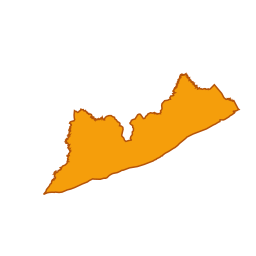 outline of Thep Sathit, Chaiyaphum, Thailand, rotated 241°
{"feature_id": "78962969B6140233535847", "entity_name": "Thep Sathit", "entity_type": "district", "adm_level": 2, "iso_a3": "THA", "parent_name": "Thailand", "parent_adm1": "Chaiyaphum", "projection": "equal_earth", "projection_center": [101.542, 15.61], "detail": "fine", "context": "isolated", "style": "filled", "palette": "amber", "viewbox_px": 256, "rotation_deg": 241, "n_neighbors": 0, "source": "geoboundaries", "source_scale": "gbopen_adm2", "svg_char_len": 5945}
<svg xmlns="http://www.w3.org/2000/svg" viewBox="0 0 256 256"><g transform="rotate(241 128 128)"><path d="M134.8,144.3L134.9,142.9L132.5,138.6L133.0,136.3L133.0,134.7L131.9,133.4L131.4,132.1L130.5,132.0L127.8,133.2L126.1,132.4L125.2,132.7L123.3,131.6L122.9,131.2L122.5,129.8L120.2,128.7L119.1,126.4L118.3,125.5L117.7,125.0L116.2,125.2L115.8,124.8L116.6,123.0L117.3,119.6L119.0,119.0L121.3,119.4L124.0,118.7L125.0,119.2L129.2,123.0L131.1,123.8L132.9,123.1L134.1,121.7L134.8,122.5L136.1,123.2L137.7,122.6L138.5,121.9L140.8,121.7L142.4,120.9L143.9,121.4L145.4,120.0L147.0,119.3L148.1,117.3L148.5,115.0L148.3,113.4L147.4,111.8L146.5,111.4L147.4,110.3L148.3,110.6L149.0,110.1L149.3,110.6L150.0,110.7L149.6,110.2L149.9,109.4L149.4,109.2L149.5,108.9L149.1,108.7L149.7,108.5L149.7,107.6L149.3,107.2L149.7,106.5L150.2,106.5L149.9,106.1L150.1,105.5L150.6,105.5L150.5,104.1L150.9,104.0L150.9,104.5L151.8,104.1L151.6,103.5L150.8,102.9L151.5,102.7L152.2,103.1L152.8,102.8L153.2,102.2L153.3,103.1L154.3,103.3L154.6,102.4L154.1,101.6L154.4,101.3L155.1,101.3L155.6,100.7L155.9,101.1L156.0,102.3L157.5,102.5L158.4,101.9L159.0,100.4L159.6,100.7L159.7,100.3L160.4,99.8L161.1,100.1L161.5,99.4L162.1,99.7L163.0,99.1L163.9,99.3L164.1,98.0L164.6,97.7L165.8,97.8L166.3,96.5L167.3,96.0L166.4,94.8L166.4,93.5L165.9,92.5L166.0,91.5L167.6,90.8L167.9,90.2L169.1,89.6L165.6,87.2L162.9,85.9L161.3,85.5L160.5,84.4L161.2,81.3L161.2,80.3L160.9,79.8L160.5,79.3L160.2,79.7L158.8,79.7L158.6,80.1L157.8,79.7L157.2,77.9L156.7,78.0L156.5,77.6L156.3,77.8L156.0,77.0L155.6,77.3L155.0,75.5L154.7,75.2L154.0,75.1L153.7,75.4L153.8,76.5L153.1,76.2L152.8,74.7L151.1,73.2L150.9,72.1L150.6,72.4L150.3,72.0L150.2,73.6L149.9,73.0L149.4,73.1L149.5,72.4L148.7,71.8L148.2,70.3L147.5,69.9L147.7,69.1L148.3,68.9L147.8,68.4L147.7,67.5L147.0,67.4L146.4,67.9L146.2,67.7L146.4,67.6L146.3,67.3L145.9,67.2L146.1,66.5L145.4,66.8L144.8,66.4L144.3,67.0L144.2,67.9L142.6,67.9L142.1,67.4L141.7,68.8L141.2,68.2L141.1,67.3L140.7,67.3L140.5,66.7L140.3,66.4L140.0,66.6L139.8,66.1L139.5,66.5L139.0,66.1L137.9,66.1L137.9,66.9L137.4,66.2L136.4,66.1L136.1,66.9L135.3,66.4L135.3,65.7L134.4,64.3L134.3,63.7L133.6,63.2L132.4,63.2L132.7,62.2L133.5,61.6L133.3,61.2L132.8,61.1L131.9,61.7L130.8,61.0L130.4,60.2L129.5,60.0L129.3,60.3L128.5,58.9L127.6,59.4L127.9,58.5L126.8,57.7L126.1,55.2L126.4,52.3L125.8,51.1L126.1,49.7L124.9,50.1L124.1,48.9L124.2,48.2L124.5,48.2L124.2,47.6L124.6,46.4L123.7,45.5L123.5,44.1L123.9,43.7L125.2,44.0L125.0,42.3L124.4,41.6L123.9,41.8L123.7,41.2L123.5,41.9L123.4,41.5L122.9,41.7L122.2,40.8L121.0,40.1L120.2,40.6L120.0,40.2L119.4,40.2L119.1,39.4L119.3,38.7L119.0,38.4L119.5,38.4L119.2,37.9L119.3,37.4L119.0,37.3L119.2,37.0L119.3,37.3L119.3,36.9L118.7,36.6L118.5,35.5L116.7,34.1L116.6,32.8L115.3,30.9L113.7,26.9L112.3,25.5L110.9,22.0L110.5,25.9L109.9,27.7L108.7,30.4L107.3,32.6L107.3,33.2L105.0,36.5L103.9,39.3L103.3,44.9L102.4,48.3L101.8,52.4L101.2,61.0L100.5,66.4L100.8,68.7L100.6,72.6L99.9,73.3L96.6,78.9L95.8,82.5L94.9,84.1L94.7,85.5L95.6,88.6L95.7,91.4L95.5,92.9L94.2,97.0L93.9,100.4L94.0,101.8L93.4,103.5L92.4,110.1L89.7,117.6L88.3,124.6L87.0,134.2L87.2,135.6L86.9,137.4L87.2,137.9L87.0,141.9L87.4,143.6L87.0,144.7L87.5,145.4L87.9,148.3L87.8,152.2L88.2,158.1L88.1,159.3L88.7,163.0L89.5,165.4L91.0,173.6L91.5,174.9L91.2,182.0L89.2,196.2L89.3,204.4L89.1,206.2L89.3,210.3L89.1,211.5L90.5,212.5L88.8,215.4L88.6,216.8L88.8,221.6L89.3,223.5L89.2,225.0L89.6,228.4L90.1,229.2L90.4,229.1L90.5,228.4L91.2,228.1L91.5,228.4L91.1,228.9L90.9,230.4L90.5,231.1L90.6,233.1L90.4,234.0L91.6,233.6L100.3,233.8L100.4,233.3L100.8,233.5L101.0,232.5L101.8,232.5L101.5,232.2L101.8,231.8L101.4,231.5L102.1,231.7L102.5,231.1L103.5,230.8L103.3,230.4L103.6,230.2L103.8,230.9L103.5,231.3L104.4,231.6L104.4,230.7L105.0,230.2L105.0,229.6L105.5,229.1L105.0,228.8L105.5,227.6L107.9,226.6L112.9,226.7L124.0,224.5L122.3,218.7L122.6,217.2L122.8,216.9L123.2,217.1L124.0,214.9L124.8,214.8L125.4,213.8L125.9,211.6L126.9,211.0L126.9,210.6L128.1,209.3L128.5,209.7L128.6,208.9L128.2,208.6L128.3,208.0L128.8,208.5L129.4,208.1L130.3,208.3L130.4,207.1L130.8,207.7L131.8,207.3L132.0,208.4L132.4,207.8L132.6,206.7L133.9,207.0L134.3,206.4L135.1,207.5L135.3,207.0L135.4,207.3L136.5,206.6L136.7,206.8L136.9,206.2L137.1,206.4L137.2,206.1L137.5,206.2L137.7,205.7L138.1,206.0L138.4,205.7L138.8,205.8L138.7,205.3L139.3,206.1L139.6,206.0L139.9,204.4L140.5,204.6L140.9,205.6L141.2,205.4L142.1,205.7L142.4,205.2L142.5,205.6L142.7,205.2L142.9,205.4L143.4,205.0L143.7,204.4L144.2,204.7L144.1,205.1L144.8,204.9L144.8,205.3L145.1,205.5L145.8,205.1L145.8,204.7L146.5,205.3L147.0,204.9L147.4,205.0L147.2,203.9L147.4,203.4L147.1,203.1L147.8,202.3L147.3,202.4L147.3,202.1L147.6,201.5L147.8,202.0L148.2,201.7L148.4,201.3L148.8,201.4L149.1,201.0L149.0,199.7L148.6,199.2L148.3,199.5L148.1,198.4L147.4,197.9L146.9,198.2L147.1,198.9L146.9,199.0L146.4,198.3L146.6,196.6L146.4,197.0L145.9,196.8L146.1,195.9L145.9,195.2L145.2,194.9L145.0,195.5L144.6,195.5L144.5,194.3L144.2,194.5L143.8,194.2L143.7,194.5L143.7,193.9L143.2,193.9L143.4,193.3L143.7,193.3L143.5,193.0L143.3,193.1L143.4,192.7L143.1,192.4L142.6,192.6L142.3,192.2L142.5,191.8L141.8,192.0L141.8,191.5L141.1,191.2L141.3,190.8L140.7,190.6L141.0,190.4L140.7,190.1L140.8,189.8L140.0,189.6L139.8,189.3L140.2,188.9L140.0,188.4L140.3,188.2L140.0,188.0L139.6,188.2L139.4,187.6L139.7,187.2L139.0,186.5L138.6,185.5L138.1,185.8L138.0,185.3L136.9,185.8L136.3,185.7L136.4,186.0L136.0,186.3L136.4,183.9L135.4,184.1L135.1,183.7L134.5,183.8L134.4,183.1L135.2,180.8L134.9,180.6L134.3,179.4L132.6,179.1L133.0,178.2L133.0,176.3L134.1,173.3L132.8,169.6L131.4,168.4L128.4,167.1L127.8,166.4L127.2,164.7L125.8,164.5L125.5,163.5L124.9,163.3L125.6,162.3L125.5,161.9L125.8,161.4L126.0,160.2L126.7,160.3L127.3,159.1L127.7,159.2L127.8,158.2L128.7,158.5L129.1,156.6L130.4,155.1L130.6,152.1L129.9,151.0L129.6,149.2L128.3,147.4L128.8,146.0L133.7,145.5L134.2,145.3L134.8,144.3Z" fill="#f59e0b" stroke="#b45309" stroke-width="1.5"/></g></svg>